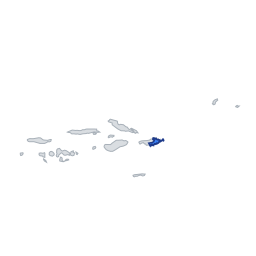 East Makira, Makira, Solomon Islands (highlighted), rotated 325°
{"feature_id": "97153195B75275546340681", "entity_name": "East Makira", "entity_type": "district", "adm_level": 2, "iso_a3": "SLB", "parent_name": "Solomon Islands", "parent_adm1": "Makira", "projection": "albers", "projection_center": [162.088, -10.683], "detail": "fine", "context": "in_parent", "style": "filled", "palette": "blue", "viewbox_px": 256, "rotation_deg": 325, "n_neighbors": 0, "source": "geoboundaries", "source_scale": "gbopen_adm2", "svg_char_len": 6441}
<svg xmlns="http://www.w3.org/2000/svg" viewBox="0 0 256 256"><g transform="rotate(325 128 128)"><path d="M100.2,128.6L104.2,131.6L106.0,131.3L111.3,131.3L114.5,133.4L116.3,134.4L117.4,136.3L118.6,136.7L119.4,137.7L119.9,139.5L117.9,140.5L116.8,140.7L113.7,140.1L110.7,138.8L104.9,138.6L102.1,138.3L101.2,137.7L100.3,137.1L98.9,135.4L97.8,133.5L97.6,132.3L97.5,130.1L97.9,129.3L99.0,128.5L100.2,128.6ZM118.5,110.6L123.1,116.1L122.9,117.1L122.3,117.8L122.1,119.6L122.7,120.4L124.0,120.7L126.1,122.7L127.0,125.8L127.9,126.9L127.9,129.3L130.0,132.5L130.1,134.1L130.0,134.8L129.1,134.4L126.7,130.7L123.9,129.1L123.6,128.4L120.8,126.3L119.0,122.7L116.9,116.3L117.9,114.8L115.6,111.7L115.7,110.9L117.3,111.0L117.6,110.7L118.5,110.6ZM101.9,113.5L102.5,115.2L100.0,113.7L98.1,111.8L92.7,109.8L91.5,108.7L90.6,108.6L87.8,106.9L85.1,105.8L83.0,103.7L82.0,103.3L80.3,101.7L78.6,100.6L78.0,98.6L76.4,97.2L76.0,96.6L81.1,97.7L83.5,99.8L85.5,101.1L86.3,102.0L88.1,103.2L89.7,103.3L91.4,104.5L92.9,104.8L94.1,105.5L101.7,110.9L100.8,112.4L101.9,113.5ZM136.4,149.2L138.7,150.3L140.0,150.1L142.0,150.9L143.5,150.5L144.5,151.4L146.9,155.3L146.9,156.5L148.5,157.4L147.1,157.5L145.3,157.1L143.9,157.4L142.4,156.7L139.9,156.3L137.7,155.4L133.1,152.6L133.2,151.2L132.4,150.5L132.2,148.8L130.6,148.2L128.6,148.1L128.5,147.3L128.8,145.8L130.3,145.9L132.0,146.5L136.4,149.2ZM57.9,92.9L58.5,93.5L57.1,94.6L55.2,94.1L54.7,93.1L53.4,93.3L50.8,92.8L47.1,90.2L43.1,85.3L39.3,82.6L38.6,81.7L38.5,80.3L39.0,79.7L41.3,80.3L44.4,82.5L49.3,84.8L50.7,86.0L51.6,88.9L52.4,89.8L55.1,92.0L57.9,92.9ZM63.3,109.8L64.5,111.3L65.8,114.7L65.6,115.8L64.7,115.9L64.4,116.7L63.1,115.0L61.4,114.6L60.1,113.6L59.5,110.3L58.5,110.1L55.7,110.5L54.8,111.6L53.5,111.3L53.2,110.3L53.4,109.4L55.1,108.4L55.4,107.2L57.1,105.1L58.2,104.7L60.2,105.4L60.5,108.4L61.2,109.3L63.3,109.8ZM115.6,175.6L114.3,176.3L113.2,176.0L112.3,175.5L111.6,174.0L110.0,173.2L107.8,172.8L106.6,171.9L105.1,171.6L104.7,170.8L104.8,170.0L105.0,169.6L106.5,170.0L113.3,173.7L115.6,175.6ZM43.3,104.1L43.0,104.4L42.3,103.4L41.9,103.1L41.9,102.0L40.0,100.2L39.8,98.9L40.8,97.7L42.3,98.4L43.8,99.9L45.5,100.4L45.2,101.4L43.7,103.3L43.3,104.1ZM52.7,106.9L51.9,107.7L49.9,107.7L48.3,105.8L48.3,104.3L49.5,103.0L51.0,102.8L51.8,103.2L52.5,104.3L52.8,105.7L52.7,106.9ZM69.8,117.9L68.0,119.4L66.6,118.9L65.5,117.7L66.1,115.8L67.1,115.4L67.7,114.7L69.7,115.2L70.2,115.5L69.0,116.5L69.7,117.2L69.8,117.9ZM217.4,156.6L214.4,157.0L213.2,158.3L211.6,158.2L211.1,157.1L211.1,156.5L211.9,156.6L212.4,155.5L213.3,155.0L215.4,154.8L217.9,155.4L217.3,156.4L217.4,156.6ZM133.3,135.0L133.4,137.7L132.0,136.3L131.3,136.8L130.7,136.1L130.9,132.9L129.9,130.0L130.7,130.2L133.3,135.0ZM56.5,118.7L56.5,118.9L55.5,118.4L53.2,115.9L53.6,115.1L55.6,113.4L56.2,113.2L56.8,114.2L56.4,115.7L55.7,116.1L55.4,117.5L56.5,118.7ZM107.8,123.4L109.4,123.6L112.3,126.0L111.6,126.8L110.3,126.4L109.8,126.6L109.4,125.8L108.0,125.0L106.7,125.0L106.5,124.1L107.8,123.4ZM89.8,125.9L87.6,125.7L87.0,125.0L87.7,124.1L88.7,123.5L89.5,124.0L90.5,124.2L90.6,125.3L89.8,125.9ZM27.3,89.0L25.4,89.5L24.3,89.0L24.8,87.5L25.4,86.8L27.7,88.0L27.3,89.0ZM98.9,114.3L98.0,114.6L96.7,113.9L96.1,113.3L96.4,112.3L97.2,112.0L98.0,112.6L98.1,113.3L98.9,114.3ZM231.7,173.8L230.1,174.0L229.5,174.0L228.4,172.3L229.2,172.0L230.4,172.1L230.7,173.1L231.7,173.8ZM61.2,119.4L61.2,120.1L60.2,119.9L57.8,119.0L57.7,118.5L59.0,118.3L60.0,118.4L61.2,119.4ZM42.0,107.4L41.6,109.3L40.6,107.0L40.8,105.1L41.1,104.8L42.0,107.4ZM72.5,120.0L71.1,120.6L70.7,119.8L71.6,117.8L72.5,120.0Z" fill="#d9dde1" stroke="#a8b0b8" stroke-width="1"/><path d="M136.3,152.3L136.1,154.3L136.3,154.4L136.2,154.7L136.1,154.8L135.9,154.9L135.9,155.0L136.0,154.9L136.1,155.0L136.2,154.9L136.3,155.0L136.4,154.9L136.5,154.9L136.6,155.0L136.5,155.3L136.7,155.2L136.8,155.1L137.0,155.1L136.9,155.2L136.9,155.3L137.1,155.2L137.3,155.2L137.1,155.3L137.1,155.5L137.3,155.4L137.5,155.4L137.5,155.6L137.4,155.7L137.3,155.8L137.2,155.8L137.3,155.8L137.5,155.9L137.8,155.8L137.9,156.0L138.0,156.1L138.1,155.9L138.1,156.0L138.3,156.1L138.3,155.9L138.4,156.1L138.5,156.1L138.6,156.3L138.7,156.0L138.8,156.1L138.8,156.3L138.9,156.5L139.0,156.5L139.3,156.5L139.3,156.4L139.4,156.5L139.5,156.6L139.8,156.5L140.0,156.6L140.4,156.6L140.3,156.8L140.5,156.9L140.8,156.9L141.0,156.8L141.0,156.7L141.1,156.8L141.2,156.7L141.3,156.8L141.4,156.7L141.5,156.8L141.5,156.7L141.6,156.8L141.7,156.7L141.8,156.7L141.9,156.8L142.1,157.0L142.3,157.2L142.3,157.3L142.6,157.5L142.7,157.4L142.7,157.5L143.0,157.5L143.1,157.4L143.1,157.5L143.3,157.5L143.5,157.6L143.8,157.7L144.0,157.7L144.3,157.6L144.5,157.7L144.8,157.5L144.9,157.4L145.0,157.3L145.3,157.2L145.4,157.3L145.5,157.3L145.4,157.4L145.5,157.4L145.9,157.4L146.0,157.6L146.3,157.6L146.5,157.7L146.6,157.8L147.1,157.7L147.2,157.8L147.3,157.8L147.4,157.7L147.5,157.7L147.8,157.7L148.0,157.8L148.3,157.8L148.5,157.8L148.6,157.7L148.5,157.4L148.4,157.4L148.2,157.3L147.9,157.3L147.7,157.4L147.4,157.4L147.2,157.3L147.1,157.2L146.9,157.2L146.8,157.3L146.9,157.5L146.9,157.4L146.7,157.4L146.3,157.3L146.4,157.2L146.2,157.0L145.9,157.1L145.7,157.1L145.8,156.9L146.0,157.0L146.1,156.9L146.3,156.8L146.3,156.7L146.6,156.6L146.8,156.4L146.7,156.3L146.8,156.2L146.7,156.2L146.7,155.9L146.7,155.7L146.6,155.3L146.5,155.2L146.4,155.1L146.4,154.9L146.2,154.9L146.2,155.0L146.1,154.9L145.9,154.9L145.7,154.8L145.6,154.7L145.4,154.6L145.3,154.4L145.1,154.2L145.2,153.9L145.1,153.7L145.1,153.4L144.9,153.4L144.6,153.3L144.6,153.1L144.6,152.9L144.4,152.7L144.5,152.6L144.4,152.6L144.4,152.4L144.2,152.3L144.2,152.2L143.8,151.7L143.7,151.4L143.5,151.2L143.4,151.2L143.2,151.0L143.2,150.9L142.9,150.9L142.6,150.7L142.5,150.8L142.5,151.1L142.4,151.2L142.4,151.4L142.1,151.5L142.1,151.4L141.9,151.6L142.1,151.8L141.9,151.9L141.9,152.0L142.0,152.1L142.2,152.4L142.3,152.5L142.4,152.8L142.3,153.1L142.2,153.2L142.3,153.2L142.2,153.3L142.2,153.5L139.6,154.0L139.1,153.6L136.3,152.3ZM150.5,157.5L150.5,157.4L150.4,157.3L150.3,157.1L150.0,157.1L149.9,157.2L149.8,157.3L150.0,157.6L149.8,157.7L149.8,157.8L150.0,157.9L150.4,157.8L150.5,157.5ZM150.1,158.6L149.9,158.5L149.6,158.6L149.6,158.8L149.9,158.8L150.0,158.8L150.1,158.7L150.1,158.6ZM145.2,157.4L145.0,157.5L145.2,157.4ZM146.5,156.9L146.4,157.0L146.5,156.9L146.5,156.9ZM138.3,156.3L138.2,156.3L138.3,156.4L138.3,156.3ZM145.4,157.3L145.4,157.2L145.4,157.3L145.4,157.3ZM146.8,157.1L146.7,157.0L146.8,157.1Z" fill="#3b82f6" stroke="#1e3a8a" stroke-width="1.5"/></g></svg>